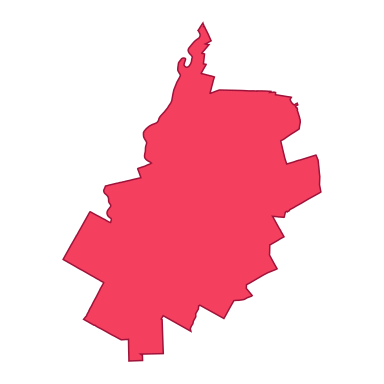 Izvoarele, Giurgiu, Romania (orthographic projection)
{"feature_id": "2599482B10041458655839", "entity_name": "Izvoarele", "entity_type": "district", "adm_level": 2, "iso_a3": "ROU", "parent_name": "Romania", "parent_adm1": "Giurgiu", "projection": "orthographic", "projection_center": [25.808, 44.04], "detail": "fine", "context": "isolated", "style": "filled", "palette": "rose", "viewbox_px": 384, "rotation_deg": 0, "n_neighbors": 0, "source": "geoboundaries", "source_scale": "gbopen_adm2", "svg_char_len": 5813}
<svg xmlns="http://www.w3.org/2000/svg" viewBox="0 0 384 384"><path d="M142.6,360.5L142.4,355.2L140.7,354.1L163.3,353.6L163.1,348.8L162.1,319.6L161.2,319.0L163.2,315.7L190.9,331.3L190.3,328.6L191.4,326.0L192.8,323.9L193.5,320.9L195.8,316.8L195.7,313.7L198.4,309.0L198.6,305.9L199.4,305.7L199.8,305.5L199.9,305.2L223.9,318.5L226.0,314.8L227.3,312.4L230.2,307.1L233.9,300.6L237.2,300.3L239.1,300.3L240.0,300.1L241.2,300.0L244.0,299.5L244.7,299.2L247.3,297.7L251.2,296.3L251.6,296.1L252.0,295.8L252.2,295.5L250.5,293.5L246.3,288.4L246.5,284.7L246.9,284.5L249.4,283.2L263.2,275.1L267.8,272.7L275.5,269.6L277.1,268.8L274.3,263.9L270.5,256.9L269.9,255.8L269.5,255.0L269.5,254.4L269.6,253.6L269.8,244.8L270.3,244.7L274.7,242.2L277.8,240.4L280.3,238.8L284.0,236.8L282.0,233.2L281.2,232.0L280.7,230.7L279.0,228.0L274.0,218.9L273.1,217.2L272.5,216.3L277.3,216.7L278.3,216.9L281.4,217.1L283.2,217.3L284.0,217.3L284.2,217.2L285.2,212.9L285.4,212.2L285.6,212.0L286.4,211.5L286.8,211.3L287.0,211.4L287.2,211.9L287.4,211.9L287.8,211.5L289.3,210.7L289.6,209.9L289.9,209.6L293.5,207.7L296.1,206.1L301.2,203.3L308.1,199.2L319.5,192.9L320.9,192.0L319.8,186.3L319.7,185.9L319.5,184.6L319.8,176.6L319.3,172.4L319.0,168.9L318.2,160.9L318.0,159.8L317.8,159.7L317.4,158.5L316.0,155.1L315.8,155.1L299.8,160.1L298.6,160.3L296.9,160.8L293.6,162.0L286.7,164.0L284.9,158.5L283.9,154.3L283.5,152.7L280.7,140.9L284.1,139.0L287.3,136.7L290.5,134.5L295.0,131.7L298.4,129.5L298.7,129.2L298.9,129.0L299.2,128.9L299.3,127.9L299.8,124.7L300.3,122.1L300.1,119.7L299.8,118.7L299.6,118.5L299.6,118.3L299.5,118.1L299.6,117.7L299.2,116.3L297.5,110.9L297.4,110.7L297.2,110.4L297.3,110.3L297.4,109.7L297.5,109.3L297.4,109.0L297.1,108.2L297.0,107.8L296.8,107.7L296.4,107.8L296.1,107.5L295.9,107.2L295.7,106.8L295.5,106.3L296.0,105.9L297.8,104.9L297.2,103.2L295.6,104.0L294.3,105.0L294.1,104.9L292.5,103.6L291.5,102.4L291.0,101.6L290.5,100.6L290.1,99.4L290.2,99.1L291.1,97.8L291.4,97.3L290.8,97.1L287.1,96.6L284.2,96.1L279.8,95.4L277.6,95.0L275.5,94.8L275.6,92.5L273.9,92.1L273.4,92.2L272.8,92.3L272.0,92.3L269.9,92.4L270.0,92.3L270.1,92.0L271.0,91.8L271.0,91.7L271.0,91.4L264.6,91.0L256.9,90.9L256.8,91.2L256.2,91.1L255.5,91.0L254.1,90.9L248.5,90.9L245.9,90.7L241.7,90.5L219.3,90.0L217.0,90.8L212.6,92.5L211.1,93.0L210.6,93.3L210.3,93.3L210.1,93.3L210.0,93.1L210.1,92.9L211.4,88.0L211.8,86.2L212.7,83.0L213.2,80.8L214.4,77.0L213.7,76.7L212.1,76.3L211.4,76.0L210.1,75.8L208.5,75.3L207.9,75.2L203.4,74.0L201.4,73.6L201.2,73.3L201.2,73.1L201.5,72.6L202.1,71.6L204.6,67.1L205.8,65.2L206.1,64.4L203.4,63.8L204.5,54.5L204.5,54.0L204.1,53.8L201.8,53.3L201.8,53.2L202.9,51.8L204.8,49.7L205.5,48.7L206.1,48.1L208.9,44.7L208.6,44.7L206.6,44.3L205.4,43.9L206.5,43.4L211.1,40.8L208.0,33.8L205.7,29.2L205.4,28.7L204.6,26.8L204.5,26.7L204.4,26.7L204.0,26.7L203.6,26.6L203.9,26.0L203.9,25.4L203.0,23.6L202.9,23.1L202.2,24.1L200.4,26.8L198.7,29.6L198.0,30.5L198.4,30.9L198.9,31.7L199.4,32.8L200.1,34.3L200.1,35.2L200.0,36.3L199.1,37.9L195.9,40.2L194.4,41.5L192.7,43.4L189.5,47.3L188.8,48.2L188.5,48.8L188.1,50.2L188.4,51.6L189.4,53.4L191.1,55.2L192.3,56.8L192.4,57.0L192.1,57.8L191.7,59.4L191.6,60.6L191.3,62.0L190.6,63.8L189.5,65.5L188.9,66.2L188.4,66.7L187.6,67.0L186.7,67.3L186.0,67.1L184.9,66.4L184.2,65.4L184.0,65.0L184.0,64.7L184.5,62.6L185.2,60.7L185.5,59.6L185.6,59.0L185.4,58.6L185.2,58.4L184.4,58.1L183.3,58.0L182.5,58.2L181.6,58.7L179.0,62.1L178.7,62.6L178.5,63.0L178.0,66.5L177.8,68.4L177.8,70.2L178.0,70.8L179.3,73.2L180.1,74.4L180.4,75.1L180.2,75.9L179.7,77.2L177.1,81.8L176.7,82.7L173.8,90.0L172.7,95.3L171.8,100.5L170.9,102.8L168.9,105.7L167.6,107.9L165.0,111.1L164.5,111.8L163.9,112.4L161.1,115.4L160.1,116.6L159.7,117.2L159.2,118.1L158.8,119.0L158.7,119.7L158.1,121.1L157.4,122.1L156.4,122.9L154.8,123.6L152.1,124.6L150.8,125.3L149.4,126.1L147.5,127.6L146.1,128.9L144.1,131.3L143.4,132.9L143.5,135.7L143.7,137.0L144.3,138.3L145.0,139.5L146.1,141.3L146.4,141.9L146.6,142.6L146.6,143.1L146.6,143.4L146.2,144.8L145.7,146.4L145.5,147.5L145.4,149.4L145.4,150.3L145.3,151.5L144.8,153.8L144.5,155.6L144.6,156.9L144.8,157.8L145.6,159.0L146.5,159.9L147.6,160.7L150.5,162.3L151.4,163.1L150.8,163.4L150.3,163.8L149.7,164.1L147.1,165.1L145.1,166.1L143.2,166.7L141.0,167.4L140.2,167.7L138.9,168.1L138.0,168.4L137.8,168.6L137.7,168.7L137.7,168.9L139.1,172.5L140.9,177.7L132.7,179.6L130.1,180.3L126.4,181.1L123.7,181.8L122.4,182.0L121.1,182.5L120.3,182.4L118.0,183.1L116.6,183.3L112.1,184.4L109.0,185.1L107.8,185.5L105.6,186.0L105.4,186.1L105.1,187.2L104.8,187.8L103.8,190.1L103.7,190.3L103.7,190.7L103.9,191.8L104.3,192.7L104.7,193.3L107.0,195.4L107.5,196.0L107.9,196.7L108.2,197.2L108.5,198.4L108.6,199.4L108.6,200.2L108.6,201.0L108.8,201.9L109.1,202.7L110.5,204.7L110.8,205.5L110.7,206.1L110.5,206.6L110.0,207.4L109.2,208.4L107.7,210.4L107.2,211.6L107.0,212.8L107.0,213.4L107.3,214.6L107.7,215.5L108.1,216.1L109.1,217.1L110.6,218.2L111.1,218.6L111.3,218.9L111.3,219.3L111.3,219.8L110.6,222.5L109.6,222.3L106.6,220.7L104.8,219.5L103.2,218.8L99.8,216.9L96.1,215.0L90.3,211.8L90.2,211.8L89.8,212.0L81.8,226.3L81.4,227.0L81.0,227.8L79.4,230.5L76.9,235.1L76.4,235.6L76.3,236.0L71.8,243.9L71.2,244.8L70.8,245.6L63.1,259.4L63.7,259.8L67.7,262.0L68.3,262.5L68.9,262.7L70.1,263.4L79.4,268.8L81.1,269.7L82.5,270.4L91.5,275.6L93.2,276.5L97.1,278.8L98.7,279.6L100.5,280.8L103.0,282.1L103.7,282.6L103.4,283.4L101.3,287.1L100.3,288.8L100.0,289.6L97.5,294.5L96.7,296.1L93.3,302.3L91.4,306.2L90.1,308.3L88.9,310.8L89.0,310.9L87.2,314.1L87.0,314.5L86.7,315.5L86.6,315.8L85.8,316.6L83.6,319.3L93.8,325.1L94.5,325.3L95.1,325.3L95.3,325.4L95.6,325.8L97.0,326.7L99.8,328.2L102.0,329.3L111.4,334.6L115.3,336.6L118.0,338.1L121.2,339.8L123.5,339.7L125.4,339.5L127.5,339.5L128.5,339.3L128.7,351.2L128.9,358.0L128.9,361.0L142.6,360.5Z" fill="#f43f5e" stroke="#9f1239" stroke-width="1.5"/></svg>